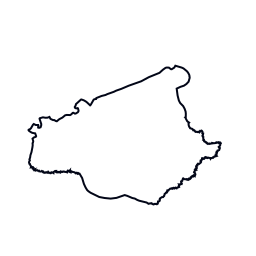 Lao Suea Kok, Ubon Ratchathani, Thailand, rotated 289°
{"feature_id": "78962969B14407217279101", "entity_name": "Lao Suea Kok", "entity_type": "district", "adm_level": 2, "iso_a3": "THA", "parent_name": "Thailand", "parent_adm1": "Ubon Ratchathani", "projection": "mercator", "projection_center": [104.892, 15.444], "detail": "fine", "context": "isolated", "style": "outline", "palette": "ink", "viewbox_px": 256, "rotation_deg": 289, "n_neighbors": 0, "source": "geoboundaries", "source_scale": "gbopen_adm2", "svg_char_len": 5723}
<svg xmlns="http://www.w3.org/2000/svg" viewBox="0 0 256 256"><g transform="rotate(289 128 128)"><path d="M146.0,88.3L145.1,88.4L144.2,86.8L143.6,86.3L137.8,85.2L137.1,84.8L138.9,80.8L139.4,79.3L139.8,77.1L139.8,74.7L139.6,74.3L133.6,71.0L132.1,71.2L130.7,70.8L130.0,71.1L129.7,71.8L129.7,72.7L130.4,73.9L130.3,74.3L128.5,75.5L127.5,75.7L126.5,75.4L124.8,74.0L124.3,73.2L124.6,71.4L124.3,70.8L122.4,69.9L121.4,69.1L120.4,65.8L119.5,64.4L116.5,62.6L114.0,60.2L111.2,58.5L111.1,57.4L111.5,55.7L111.1,54.5L111.3,52.3L111.5,51.6L112.9,50.1L111.6,48.6L110.8,46.6L110.4,44.1L108.5,41.4L108.1,41.3L107.6,41.6L103.5,44.7L102.1,45.1L100.2,45.1L99.3,44.0L99.1,43.0L99.5,42.7L101.1,42.5L101.6,42.1L100.8,39.8L101.1,37.6L100.1,37.1L96.0,36.3L95.0,35.7L94.0,34.6L93.5,34.7L93.0,35.5L92.3,38.3L92.3,39.5L92.7,42.0L90.4,43.8L89.7,43.7L88.3,42.0L86.8,41.2L84.7,42.7L83.1,42.9L82.6,42.7L80.7,43.5L78.7,43.9L73.7,44.6L70.6,44.6L68.0,45.1L66.7,45.0L66.0,45.1L65.6,45.7L63.5,45.5L62.0,46.4L62.0,47.1L60.8,47.9L60.3,48.9L59.5,49.0L59.7,49.6L59.2,49.4L59.6,50.5L59.3,50.5L59.2,51.0L58.8,51.1L58.9,51.5L59.4,51.3L59.5,51.7L58.1,52.1L58.1,52.4L58.5,53.0L58.0,52.8L57.8,52.9L58.2,53.3L57.6,53.5L57.6,54.3L58.1,54.4L58.2,55.4L58.6,55.7L58.2,56.4L58.7,57.7L58.1,58.1L58.5,60.0L59.0,60.5L59.4,60.6L59.4,61.1L59.9,61.4L59.4,61.3L59.2,62.0L58.5,62.1L58.4,62.4L58.4,62.6L58.9,62.7L58.4,63.5L58.6,64.1L59.0,64.4L59.1,64.9L59.5,65.0L59.5,66.0L59.8,65.8L60.1,66.7L60.6,66.8L60.0,67.9L60.1,68.6L59.9,69.2L60.2,69.8L61.0,69.9L61.0,70.4L61.4,70.6L61.1,72.2L61.8,72.0L62.0,71.4L62.1,72.0L63.7,73.1L64.1,74.2L63.3,74.5L62.9,74.4L62.8,74.8L63.5,75.7L63.6,76.1L63.2,76.2L63.3,76.5L64.0,76.9L64.1,77.2L63.8,78.1L64.2,78.2L64.1,78.6L65.1,78.7L64.9,79.9L65.1,80.1L65.2,80.6L65.8,80.8L66.1,82.3L65.9,82.8L66.4,83.9L66.2,84.9L66.7,85.0L66.7,84.6L68.0,84.9L67.7,86.2L68.2,86.1L68.2,86.5L68.9,86.8L68.4,86.9L68.6,87.4L67.6,87.5L67.4,87.7L67.4,88.2L67.9,88.0L68.6,89.0L68.4,89.8L68.7,91.5L68.6,92.4L68.1,93.1L68.8,93.7L68.6,94.0L68.9,94.4L68.4,94.8L68.2,95.6L68.4,95.8L68.9,95.4L69.2,95.6L69.0,96.1L69.1,97.0L65.8,100.9L60.8,104.5L58.0,107.2L56.0,109.6L55.3,111.2L54.6,113.7L53.4,123.3L54.2,128.7L55.6,134.6L58.2,139.9L63.5,146.7L63.6,149.4L63.2,154.9L63.5,157.4L63.0,160.1L62.9,162.3L63.6,169.9L63.0,172.0L63.5,172.5L63.6,173.3L64.0,173.6L64.6,174.8L64.1,175.4L64.0,176.9L64.1,177.2L64.8,177.5L65.1,178.8L65.5,179.2L65.3,180.1L66.2,180.8L68.3,180.3L68.7,181.2L69.2,181.6L70.4,181.6L70.6,181.2L71.7,181.1L73.7,182.6L74.0,183.6L74.2,183.8L74.9,183.9L75.4,184.3L75.8,184.1L76.6,184.3L77.6,184.1L78.4,184.8L79.1,184.8L79.5,185.7L80.3,185.9L80.6,185.5L81.6,185.5L81.5,186.0L81.9,186.4L82.3,186.2L82.7,186.7L84.5,187.7L84.6,188.4L85.1,188.8L84.9,189.2L85.0,189.9L85.6,190.2L85.9,190.0L86.2,190.3L85.8,191.5L86.0,191.8L86.7,191.8L87.0,192.2L86.8,192.4L87.0,192.9L86.8,193.7L87.8,194.0L88.1,194.6L88.7,194.9L88.6,195.3L88.9,195.6L89.4,195.2L89.4,194.9L90.0,194.8L90.7,195.3L91.3,194.6L91.5,195.3L92.1,195.9L92.4,197.0L93.0,197.0L94.2,195.7L94.6,195.6L95.1,195.7L95.4,196.4L95.9,196.6L96.6,196.4L98.2,196.4L98.4,196.7L98.0,197.7L98.1,198.8L98.7,199.7L98.3,200.5L98.4,201.1L99.1,201.1L99.8,202.1L99.1,202.4L99.7,203.0L100.1,202.7L100.2,203.3L101.0,203.8L101.3,203.8L101.6,203.5L101.9,203.9L102.5,203.7L103.1,204.4L103.6,204.4L103.9,204.8L103.4,205.4L104.0,205.7L104.1,206.6L104.9,206.0L105.1,206.8L105.9,206.9L107.2,206.1L107.3,205.3L107.7,204.8L108.9,205.0L109.6,205.5L110.2,204.9L110.6,205.3L110.4,205.8L110.6,206.1L110.9,205.6L111.4,205.7L111.7,205.3L112.3,206.1L113.0,205.9L113.1,205.3L114.0,204.8L115.1,205.9L115.6,205.8L115.9,205.3L117.1,205.8L117.1,206.9L118.8,208.0L119.6,208.2L120.3,208.0L120.3,207.3L121.0,207.2L122.2,208.3L123.5,207.8L123.7,208.1L123.6,208.8L123.3,209.3L123.7,210.1L124.9,210.0L125.4,210.3L125.9,211.0L125.8,211.3L125.3,211.0L125.1,211.3L125.4,212.0L125.3,212.7L125.6,213.2L126.1,213.3L126.3,215.4L125.8,216.0L126.6,216.1L126.9,217.2L127.4,217.6L127.6,218.2L128.2,218.1L128.5,218.7L129.2,218.9L129.6,219.9L130.5,219.7L130.2,220.5L130.5,221.0L130.9,220.4L133.2,220.2L133.1,219.6L133.4,219.5L134.6,219.5L135.1,220.2L135.9,220.1L136.0,220.6L136.9,221.4L139.0,221.4L139.1,221.1L138.9,220.7L139.6,219.9L141.3,220.8L142.3,220.7L143.1,220.1L143.7,220.7L144.2,220.3L144.3,219.9L143.6,219.9L143.4,219.4L143.7,219.4L143.8,218.9L143.5,218.7L143.7,218.4L143.5,218.0L143.7,217.9L143.4,217.6L143.5,217.2L143.1,216.8L143.3,216.4L142.9,215.9L142.4,215.9L141.6,214.3L141.3,212.5L141.0,212.6L141.0,212.2L140.2,211.6L139.9,210.9L140.0,210.5L139.5,210.2L139.6,209.5L139.1,209.0L139.3,208.3L139.0,208.3L139.1,207.8L139.5,207.6L139.4,207.1L140.0,206.7L139.8,206.2L140.3,205.4L140.4,204.8L140.1,204.6L140.3,204.2L141.1,203.8L141.2,203.1L141.8,203.3L141.9,203.0L143.1,202.3L144.0,202.2L144.2,201.5L144.8,200.9L145.6,201.2L148.2,200.7L146.7,200.5L147.2,199.9L148.8,199.6L149.4,198.7L149.5,198.2L149.2,197.9L147.4,197.0L147.8,196.7L147.5,196.6L147.1,195.9L147.2,195.6L146.9,195.5L146.7,194.9L146.7,194.0L146.3,193.1L146.8,192.7L146.9,191.9L147.4,191.5L147.1,190.4L147.7,190.2L147.8,189.3L148.1,188.9L148.0,186.8L148.4,186.6L149.1,185.4L150.8,184.2L151.7,184.0L152.3,183.6L153.0,184.0L153.7,181.8L155.9,179.4L156.7,179.2L156.8,178.7L157.3,179.0L160.4,178.0L162.3,177.1L164.7,175.2L166.7,173.0L168.6,169.2L170.6,167.1L174.9,164.3L181.1,161.2L184.0,164.2L186.2,167.1L188.6,168.9L191.5,170.2L195.3,170.0L196.3,169.7L196.7,169.3L197.4,169.1L198.4,168.4L200.0,166.6L200.9,165.1L202.4,161.1L202.6,159.2L202.3,152.5L200.2,152.1L197.8,150.2L197.6,149.4L198.4,147.0L197.8,145.0L197.1,143.9L194.4,142.0L190.4,139.8L182.9,131.2L176.4,125.2L168.3,115.0L162.8,108.9L159.5,104.7L157.6,102.8L153.3,97.4L151.9,96.0L149.7,92.6L146.0,88.3Z" fill="none" stroke="#020617" stroke-width="2"/></g></svg>